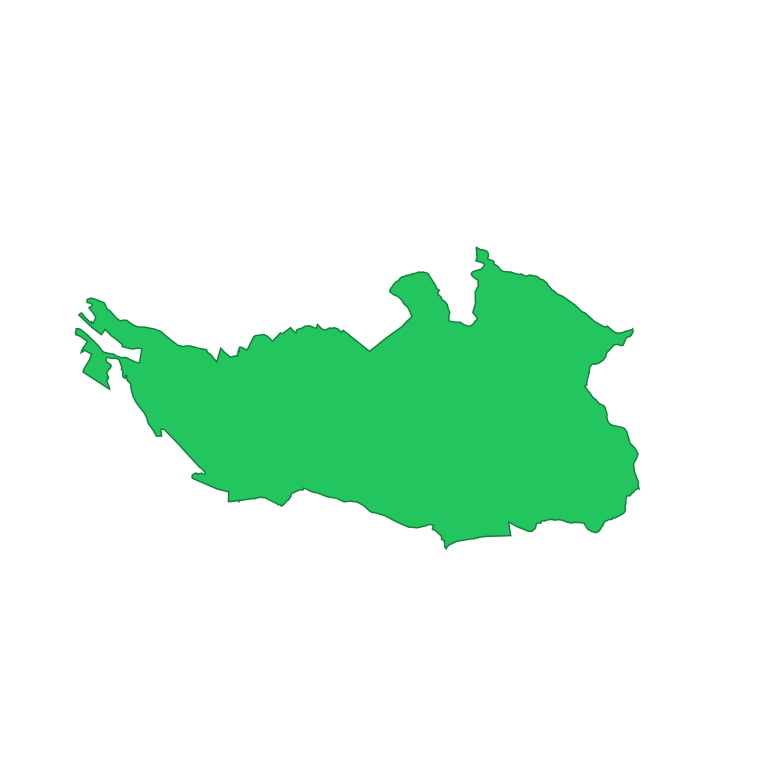 Valcau De Jos, Salaj, Romania (Natural Earth projection), rotated 232°
{"feature_id": "2599482B85911950324638", "entity_name": "Valcau De Jos", "entity_type": "district", "adm_level": 2, "iso_a3": "ROU", "parent_name": "Romania", "parent_adm1": "Salaj", "projection": "natural_earth1", "projection_center": [22.736, 47.091], "detail": "fine", "context": "isolated", "style": "filled", "palette": "green", "viewbox_px": 768, "rotation_deg": 232, "n_neighbors": 0, "source": "geoboundaries", "source_scale": "gbopen_adm2", "svg_char_len": 6171}
<svg xmlns="http://www.w3.org/2000/svg" viewBox="0 0 768 768"><g transform="rotate(232 384 384)"><path d="M274.3,613.8L274.1,612.8L275.4,610.1L275.8,608.0L276.9,606.9L277.4,604.3L279.3,600.3L281.8,598.2L284.2,597.2L292.2,595.6L292.3,593.8L294.0,592.4L303.9,588.3L316.4,586.1L319.3,584.4L328.3,583.2L343.1,578.8L348.3,575.9L351.6,575.5L354.8,574.3L358.5,574.4L359.7,574.0L363.2,574.5L368.0,573.5L370.3,571.7L373.7,571.2L375.5,570.1L376.8,568.4L378.5,567.5L380.5,565.3L381.3,562.7L382.3,561.5L386.1,560.0L387.8,557.0L394.2,552.8L399.2,547.2L401.4,546.3L407.0,546.1L410.5,544.7L411.6,544.8L412.3,545.7L414.1,545.8L418.3,542.8L419.6,543.4L420.3,544.9L421.9,546.1L423.8,546.8L425.5,546.7L429.5,544.2L430.1,542.8L434.7,541.0L433.5,539.6L431.6,538.9L428.8,536.6L426.7,535.6L424.7,532.5L423.4,532.7L422.0,534.1L417.8,536.8L416.3,536.6L415.4,535.4L414.7,530.7L416.4,527.3L417.8,522.8L417.2,520.6L415.1,520.0L410.8,520.9L408.2,522.1L402.5,518.1L402.6,516.9L401.0,514.3L400.4,512.5L391.1,505.6L385.8,498.2L384.5,497.8L380.5,498.3L377.7,497.5L377.3,496.2L377.5,494.3L376.5,492.4L376.3,491.2L376.6,487.5L377.8,485.8L381.5,483.5L385.5,482.2L390.7,476.3L393.7,474.1L397.3,476.6L400.0,480.0L403.9,481.0L407.6,482.7L411.4,482.7L415.1,481.5L416.8,482.5L421.9,481.9L422.7,482.3L423.8,485.4L426.6,484.2L429.6,485.2L443.6,486.6L444.5,486.4L448.2,483.7L449.5,481.5L450.8,480.5L451.4,478.0L453.5,473.6L454.4,470.8L455.9,468.2L456.4,465.5L457.2,464.7L457.5,462.2L456.6,459.2L457.1,456.0L456.3,452.0L454.5,446.8L453.2,445.5L452.6,445.6L448.5,446.5L444.9,448.6L442.8,449.2L438.9,449.7L435.3,449.0L430.1,449.9L424.2,448.8L420.1,447.4L419.8,446.8L419.2,439.5L418.1,433.9L418.9,414.6L418.6,392.7L451.5,384.9L451.1,382.4L451.6,382.0L455.9,381.5L458.8,379.5L460.4,376.7L461.6,375.7L462.6,371.1L463.3,370.3L466.0,368.8L471.9,368.3L469.8,365.3L470.6,364.0L475.6,361.3L478.4,357.0L478.3,354.5L480.4,348.9L478.5,346.0L483.3,345.0L485.9,345.1L486.2,335.0L488.0,333.8L486.3,322.6L493.1,321.6L497.0,319.8L501.3,312.3L501.2,310.2L500.6,308.7L495.1,297.1L497.7,295.5L500.4,294.6L501.9,292.9L500.3,290.9L500.6,290.6L500.0,290.1L499.3,290.4L498.5,289.8L499.3,288.8L498.2,288.0L497.3,286.9L497.5,286.5L496.3,285.8L498.1,283.2L499.8,279.4L507.9,277.7L512.7,277.4L504.4,266.0L508.6,265.5L512.9,265.8L517.5,264.4L520.4,265.2L525.0,260.9L533.2,254.8L535.6,251.8L537.1,248.8L541.6,245.3L554.2,242.1L562.9,240.5L568.9,236.7L576.3,230.3L579.2,226.5L581.8,224.3L585.2,222.6L592.7,220.4L595.2,217.3L595.6,215.7L597.0,214.7L601.0,213.7L610.3,213.1L613.5,212.1L620.4,213.5L630.0,207.7L632.1,205.8L633.3,201.9L631.1,200.2L628.3,202.5L626.3,203.0L625.5,202.6L625.3,202.0L625.8,198.7L625.4,198.3L619.1,198.6L613.8,197.8L610.8,192.3L613.0,191.8L612.1,190.9L613.2,190.6L620.7,189.4L626.1,189.5L626.5,188.3L626.3,186.0L608.5,188.6L597.2,191.6L596.8,191.8L598.7,197.8L589.6,198.8L585.4,200.2L577.4,201.9L576.0,201.7L574.5,200.8L566.9,206.8L564.7,210.2L563.6,212.6L560.7,214.8L551.4,204.5L551.7,203.5L557.3,200.0L563.3,197.3L565.4,195.0L565.9,193.7L571.6,190.0L574.3,189.3L575.4,187.6L581.6,182.8L583.3,182.4L591.2,182.4L605.4,180.4L614.0,178.4L615.4,177.5L617.0,175.5L615.1,173.8L615.0,173.0L612.8,171.5L608.8,173.9L600.1,176.7L597.7,169.2L596.5,166.4L595.2,164.8L595.2,165.9L594.7,166.8L595.5,168.5L587.6,171.9L584.1,166.3L581.0,157.7L578.8,154.2L548.8,164.5L549.6,165.2L556.8,167.4L558.0,168.0L557.7,169.4L558.0,170.0L559.1,170.2L559.0,171.1L563.4,172.2L565.2,176.4L564.8,177.7L566.3,180.2L567.9,180.5L571.9,179.0L574.1,179.7L575.6,181.3L575.1,182.5L571.4,185.7L569.2,188.6L566.5,190.3L558.7,187.7L557.1,186.0L555.7,186.2L554.2,185.6L552.6,184.0L550.4,182.7L547.9,183.5L549.7,185.5L548.9,186.6L546.2,184.4L543.9,183.9L541.6,184.5L539.3,184.1L536.7,182.1L529.1,178.7L521.9,177.3L507.9,177.2L503.5,176.2L498.2,174.0L489.3,173.6L483.0,172.6L479.9,176.6L485.7,180.3L483.5,182.9L463.4,185.0L432.1,187.4L431.2,188.0L424.0,188.7L423.4,187.3L423.7,186.4L426.0,185.4L427.2,182.9L427.0,181.9L429.3,181.3L430.0,179.9L430.3,176.9L428.3,175.0L425.9,175.9L404.0,187.9L394.5,195.3L387.2,189.0L386.8,189.2L386.7,190.2L385.4,191.0L385.3,192.0L383.6,193.9L383.8,194.8L382.1,196.8L380.6,197.2L381.5,198.1L381.5,198.6L380.4,199.5L375.0,209.3L372.7,212.3L372.8,213.2L372.1,214.2L371.3,216.7L369.7,217.7L368.0,220.0L355.3,226.1L354.2,226.1L353.1,227.7L350.7,228.2L350.9,231.7L351.6,235.7L351.4,237.1L352.8,241.6L353.7,241.8L354.5,244.0L352.4,252.8L350.5,254.6L350.6,255.6L351.6,256.1L349.9,257.7L344.5,260.2L341.1,262.5L340.3,263.8L330.2,269.8L323.2,276.2L315.6,280.1L312.2,285.8L310.1,287.4L309.0,289.0L305.9,291.0L299.9,293.4L293.3,294.3L290.2,295.5L287.7,298.0L279.8,303.6L267.1,309.3L256.2,315.2L250.0,322.0L246.2,330.5L245.8,332.9L242.4,336.1L239.8,332.7L236.8,334.3L228.7,335.6L226.0,333.6L223.4,335.2L222.2,334.0L220.4,333.4L219.2,332.3L217.5,331.5L216.0,331.5L216.8,332.5L216.5,333.2L217.2,335.8L215.2,344.5L207.9,358.1L206.5,359.8L206.5,361.2L205.1,362.7L204.5,364.9L200.9,370.8L186.5,390.5L198.2,397.0L198.7,397.7L195.6,398.4L189.0,401.4L180.3,406.4L177.9,408.3L176.8,410.0L177.2,414.8L179.4,417.0L180.0,418.6L179.5,420.1L177.9,421.8L178.8,423.3L178.9,424.5L177.0,426.4L176.4,428.9L174.2,432.6L171.6,434.8L169.4,438.4L166.6,440.9L161.9,443.6L159.1,446.1L158.1,448.3L153.4,454.0L150.9,455.9L144.4,455.1L139.7,457.0L137.0,459.0L136.0,460.2L135.7,463.5L137.7,468.0L137.6,469.4L139.5,472.4L139.7,473.6L139.0,475.5L138.9,477.5L136.9,480.3L137.6,482.1L136.2,483.4L134.7,492.4L134.8,494.3L136.2,496.8L139.6,498.9L140.6,500.7L144.0,503.4L146.0,505.9L146.0,507.0L144.4,509.0L145.4,512.4L145.0,514.1L145.9,515.6L145.2,520.2L144.5,520.5L147.3,521.8L150.1,524.1L160.9,527.4L167.5,531.5L170.4,538.3L171.4,539.1L172.1,540.8L173.2,541.3L178.9,542.3L185.7,541.4L196.9,545.9L200.8,546.1L202.9,545.1L211.1,538.4L214.5,537.1L218.3,537.9L221.1,539.5L222.9,541.2L230.1,543.9L231.6,543.8L236.1,541.5L241.2,541.3L244.6,540.4L258.9,540.8L258.4,543.4L261.5,545.8L266.4,552.5L270.7,556.6L271.4,559.7L271.3,560.7L269.5,562.6L268.3,565.8L267.8,571.1L268.9,575.4L270.9,577.5L271.4,578.7L273.2,589.4L271.7,592.2L268.0,594.7L267.4,596.5L271.1,602.9L271.1,605.2L270.0,606.9L270.2,608.8L271.9,612.5L274.3,613.8Z" fill="#22c55e" stroke="#15803d" stroke-width="1.5"/></g></svg>